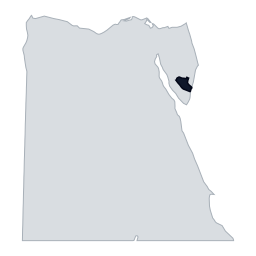 Sant Katrin, Janub Sina', Egypt (highlighted)
{"feature_id": "37247803B38427943153509", "entity_name": "Sant Katrin", "entity_type": "district", "adm_level": 2, "iso_a3": "EGY", "parent_name": "Egypt", "parent_adm1": "Janub Sina'", "projection": "equal_earth", "projection_center": [34.29, 28.647], "detail": "fine", "context": "in_parent", "style": "filled", "palette": "ink", "viewbox_px": 256, "rotation_deg": 0, "n_neighbors": 0, "source": "geoboundaries", "source_scale": "gbopen_adm2", "svg_char_len": 3564}
<svg xmlns="http://www.w3.org/2000/svg" viewBox="0 0 256 256"><path d="M233.6,240.6L227.8,240.6L222.0,240.6L216.1,240.6L210.3,240.6L204.5,240.6L198.6,240.6L192.8,240.6L187.0,240.6L181.2,240.6L175.3,240.6L169.5,240.6L163.7,240.6L157.8,240.6L152.0,240.6L146.2,240.6L140.4,240.6L137.0,240.6L137.6,238.5L138.0,237.0L137.6,236.0L136.5,235.7L135.7,236.0L133.9,240.5L133.0,240.6L131.0,240.6L124.2,240.6L117.4,240.6L110.6,240.6L103.8,240.6L97.0,240.6L90.2,240.6L83.5,240.6L76.7,240.6L69.9,240.6L63.1,240.6L56.3,240.6L49.5,240.6L42.7,240.6L36.0,240.6L29.2,240.6L22.4,240.6L22.5,235.3L22.6,229.9L22.8,224.6L22.9,219.3L23.0,213.9L23.1,208.6L23.3,203.3L23.4,198.0L23.5,192.7L23.7,187.3L23.8,182.0L23.9,176.8L24.1,171.5L24.2,166.2L24.3,160.9L24.5,155.6L24.6,150.4L24.8,145.1L24.9,139.8L25.1,134.6L25.2,129.3L25.3,124.1L25.5,118.9L25.6,113.6L25.8,108.4L25.9,103.2L26.1,98.0L26.3,92.8L26.4,87.6L26.6,82.4L26.7,77.2L26.9,72.0L26.8,71.0L25.9,67.5L25.2,63.1L24.4,57.6L24.3,55.8L22.9,50.2L22.9,48.6L23.3,47.4L26.0,42.7L26.9,40.4L27.6,37.6L27.9,35.4L27.3,32.0L26.5,28.9L26.3,25.7L26.3,22.6L27.7,20.5L29.3,18.6L30.0,17.4L30.9,16.0L31.6,15.4L32.8,18.1L35.5,18.6L44.3,16.1L53.9,18.6L59.1,19.6L67.3,21.7L72.2,25.4L73.6,25.9L77.2,25.8L79.5,28.1L88.8,29.1L93.8,31.6L96.6,33.6L98.3,34.2L99.8,34.1L101.8,33.3L104.4,31.9L107.2,30.0L113.1,25.1L115.2,24.2L116.5,24.5L118.1,24.4L118.8,23.1L119.7,22.1L120.3,21.1L121.2,19.9L124.2,19.5L130.2,17.4L129.5,18.4L124.0,20.8L126.4,21.1L128.8,20.3L131.5,19.7L132.0,18.7L132.4,16.8L133.0,16.5L134.8,16.9L140.5,19.8L141.9,19.9L145.9,18.3L146.7,17.9L148.0,18.8L150.9,22.5L149.9,22.4L146.8,19.3L146.5,20.9L144.7,23.6L146.9,24.8L148.7,25.3L149.7,26.8L150.3,28.2L152.1,27.6L153.4,25.7L152.7,24.7L152.3,23.6L152.9,23.6L154.1,24.4L157.7,28.0L158.9,28.7L160.3,28.6L163.2,27.6L164.0,27.8L167.9,26.4L168.3,27.4L169.0,28.4L172.1,27.3L177.1,27.3L181.1,26.2L185.8,23.4L186.2,22.9L186.4,23.6L187.0,25.5L188.4,30.4L189.7,34.2L191.2,39.5L191.7,41.5L191.9,43.0L194.1,48.8L195.4,53.6L196.4,57.5L197.8,63.2L198.4,65.2L197.4,66.2L195.5,70.0L193.4,81.8L190.5,91.1L190.1,96.9L189.7,99.0L188.3,101.9L186.5,104.8L183.5,103.3L178.6,98.2L175.7,93.4L172.6,90.3L169.7,86.2L168.9,83.2L169.0,81.3L167.7,76.7L166.8,74.5L163.2,69.6L162.2,67.0L161.5,65.8L160.7,64.2L159.4,57.8L158.1,53.8L156.5,54.9L156.7,56.6L155.3,58.9L154.5,61.7L155.1,63.9L158.0,67.3L158.6,68.8L159.2,72.0L159.1,76.4L159.5,77.9L161.7,81.1L162.5,83.1L162.9,84.7L163.6,86.3L165.8,89.1L168.9,94.5L171.8,98.2L173.9,99.9L174.8,101.7L175.0,106.3L174.9,108.5L176.7,112.6L177.4,114.7L179.3,116.4L180.1,118.3L180.8,121.5L182.0,130.8L183.6,133.1L188.4,145.4L192.6,153.2L194.6,159.1L197.7,166.2L203.7,181.8L207.3,186.7L208.7,189.4L211.3,191.5L214.1,194.5L211.4,194.2L210.8,194.4L209.8,194.9L209.4,196.8L209.2,198.3L209.5,206.2L210.3,210.3L212.7,218.0L214.5,220.3L215.3,221.8L216.5,222.9L222.1,225.6L225.4,231.1L232.9,238.2L233.6,240.1L233.6,240.6Z" fill="#d9dde1" stroke="#a8b0b8" stroke-width="1"/><path d="M175.9,80.2L178.0,83.0L179.8,85.0L181.5,87.4L182.6,88.5L183.9,89.3L184.4,89.4L190.0,91.6L190.2,91.4L190.2,91.2L190.4,91.2L190.5,91.0L190.5,90.9L190.5,90.7L190.6,90.2L190.7,89.8L190.6,89.6L190.6,89.3L190.7,89.2L190.8,89.1L190.8,88.9L191.0,88.6L191.1,88.4L191.4,88.2L191.5,88.2L191.5,88.3L191.4,88.3L191.5,88.4L191.7,88.1L191.7,87.8L191.8,87.7L191.7,87.3L191.7,87.2L188.9,84.8L187.8,83.4L187.5,82.5L187.8,80.5L188.6,78.1L188.0,77.9L186.9,77.3L186.3,78.6L184.1,78.3L181.9,78.1L180.7,77.6L179.6,77.1L178.8,77.1L177.3,77.9L176.9,78.3L176.4,79.7L176.2,80.1L175.9,80.2Z" fill="#0f172a" stroke="#020617" stroke-width="1.5"/></svg>